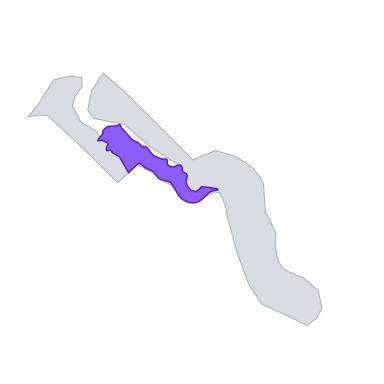 location of Lower River within Gambia, rotated 44°
{"feature_id": "GMB-2154", "entity_name": "Lower River", "entity_type": "Division", "adm_level": 1, "iso_a3": "GMB", "parent_name": "Gambia", "parent_adm1": "", "projection": "equal_earth", "projection_center": [-15.76, 13.406], "detail": "fine", "context": "in_parent", "style": "filled", "palette": "violet", "viewbox_px": 384, "rotation_deg": 44, "n_neighbors": 0, "source": "natural_earth", "source_scale": "10m", "svg_char_len": 2495}
<svg xmlns="http://www.w3.org/2000/svg" viewBox="0 0 384 384"><g transform="rotate(44 192 192)"><path d="M45.7,168.2L75.7,166.7L112.0,167.4L151.6,168.1L170.2,168.4L180.0,146.0L198.6,136.1L217.7,132.5L227.6,133.4L238.1,136.7L258.2,155.2L270.7,159.4L281.3,163.6L288.9,172.6L300.9,181.5L310.3,183.9L316.0,182.6L325.3,179.1L331.4,176.4L351.5,175.2L366.3,185.5L369.4,196.8L367.0,208.3L347.2,214.5L319.7,224.2L297.0,218.9L269.4,205.7L253.2,196.3L246.5,192.5L236.4,186.5L227.6,180.0L219.1,175.8L212.7,173.1L207.9,176.5L205.4,184.5L201.6,193.4L196.7,198.7L173.5,201.8L152.8,205.1L141.6,207.9L134.2,210.0L131.8,236.8L108.3,236.5L85.2,236.2L61.2,236.7L35.4,237.2L28.8,242.7L21.8,251.5L21.1,238.1L14.6,207.4L23.4,194.0L33.0,186.1L39.5,192.4L41.4,204.9L46.4,213.5L63.3,218.8L80.1,215.0L90.3,216.7L90.0,209.8L93.5,200.6L113.8,196.6L135.4,194.0L157.5,188.5L174.8,188.7L180.0,187.2L178.7,184.8L163.2,182.2L130.0,188.5L96.2,190.4L70.6,207.1L60.1,205.5L49.5,188.8L45.7,168.2Z" fill="#d9dde1" stroke="#a8b0b8" stroke-width="1"/><path d="M209.1,172.6L206.4,176.3L204.8,179.8L204.3,189.6L203.6,194.0L201.2,198.2L197.8,201.2L193.9,203.1L190.0,204.0L185.7,204.0L172.8,200.4L169.1,200.2L166.3,201.5L163.6,203.5L160.0,205.1L158.1,205.3L150.1,204.3L148.6,204.4L143.3,206.6L135.0,207.6L133.7,208.6L133.2,210.9L133.0,222.2L132.9,222.2L115.7,217.2L114.7,217.2L111.5,218.2L109.1,218.6L108.3,218.9L107.4,219.0L106.7,218.9L105.6,218.4L104.7,218.3L103.5,219.0L102.7,220.8L102.3,221.4L101.5,221.4L100.7,220.9L99.5,219.4L99.1,218.3L98.9,217.3L98.7,216.5L98.2,215.8L96.0,215.4L94.3,216.5L93.0,216.7L91.8,217.3L90.7,218.1L89.8,219.4L88.6,220.5L88.1,219.5L87.6,215.2L87.5,213.4L87.3,211.9L86.5,211.2L85.9,210.8L85.6,209.9L85.3,208.6L85.3,207.3L85.7,204.4L86.6,202.4L91.4,197.2L92.3,195.9L92.6,194.3L93.2,193.5L94.3,193.8L96.2,194.8L112.8,196.0L119.2,194.0L121.4,193.7L122.7,193.8L123.4,193.9L124.0,194.0L125.1,193.7L126.0,193.2L126.6,192.5L127.1,191.9L127.5,191.5L130.0,191.3L137.7,192.5L140.1,192.2L147.0,189.4L148.1,188.5L150.3,186.4L151.4,186.0L152.6,186.5L154.3,188.8L155.4,189.4L157.1,189.3L158.3,189.1L159.4,188.4L160.8,187.2L161.8,185.6L163.7,181.7L164.8,180.7L166.2,180.6L167.7,181.2L169.1,182.2L170.1,183.3L171.3,184.0L172.6,183.7L173.8,183.1L174.9,182.7L177.2,183.6L178.6,185.5L179.7,187.7L181.0,189.4L185.1,191.1L190.3,191.5L194.5,189.2L195.7,182.7L195.1,182.7L195.3,181.4L202.8,175.6L205.7,173.8L207.2,172.4L208.1,172.2L208.8,172.3L209.0,172.5L209.1,172.6Z" fill="#8b5cf6" stroke="#5b21b6" stroke-width="1.5"/></g></svg>